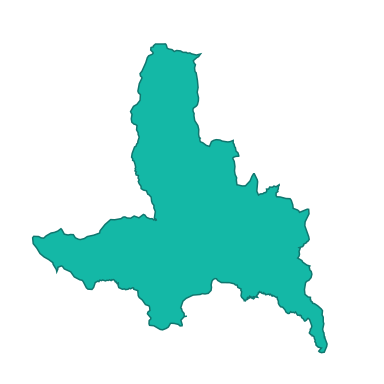 outline of Tana Toraja, Sulawesi Selatan, Indonesia, rotated 7°
{"feature_id": "22746128B55477646801661", "entity_name": "Tana Toraja", "entity_type": "district", "adm_level": 2, "iso_a3": "IDN", "parent_name": "Indonesia", "parent_adm1": "Sulawesi Selatan", "projection": "albers", "projection_center": [119.71, -3.057], "detail": "fine", "context": "isolated", "style": "filled", "palette": "teal", "viewbox_px": 384, "rotation_deg": 7, "n_neighbors": 0, "source": "geoboundaries", "source_scale": "gbopen_adm2", "svg_char_len": 6083}
<svg xmlns="http://www.w3.org/2000/svg" viewBox="0 0 384 384"><g transform="rotate(7 192 192)"><path d="M340.1,335.7L342.8,334.9L344.5,328.9L344.6,326.4L341.9,321.2L341.2,320.7L341.1,320.0L341.6,320.2L341.6,319.8L340.8,319.0L340.1,315.7L339.3,314.8L338.4,312.3L338.9,306.7L338.1,304.9L337.5,300.2L336.1,298.1L336.0,293.9L334.5,292.3L330.6,289.6L327.1,287.9L325.3,287.7L324.8,286.5L323.5,286.0L323.2,284.8L322.6,284.6L322.4,282.1L320.1,282.1L316.6,279.8L315.5,275.2L315.8,268.0L317.2,266.3L318.7,265.5L320.6,262.5L321.0,259.0L320.0,256.3L318.5,255.1L317.5,252.1L318.0,251.1L314.8,250.5L310.4,248.1L309.4,246.6L304.9,244.7L306.0,242.8L306.3,240.7L305.5,238.0L306.2,234.8L305.1,234.2L308.4,232.7L309.3,231.3L309.2,230.2L311.9,228.3L311.9,227.5L313.2,226.6L314.1,224.8L313.3,222.2L308.1,211.8L307.9,207.8L310.8,199.4L309.9,195.0L308.5,195.0L301.2,199.1L300.3,197.8L298.9,197.0L294.4,195.9L293.6,192.5L291.5,188.1L290.1,186.7L286.0,187.0L280.2,186.2L276.8,186.4L275.9,185.4L275.6,182.6L277.2,181.1L276.7,180.1L277.3,178.3L277.0,175.5L277.7,175.0L277.6,174.2L274.8,176.6L272.6,176.1L271.3,177.5L268.5,177.6L267.7,179.8L265.6,180.0L266.1,181.9L265.2,183.6L263.7,183.9L262.5,185.1L260.0,185.6L258.4,186.9L256.2,183.3L255.9,173.9L255.3,172.0L251.6,166.3L250.9,166.4L249.6,169.2L248.3,173.9L244.3,179.4L241.1,179.9L235.7,179.3L234.5,174.5L234.6,172.5L232.6,169.3L231.6,165.8L231.5,161.5L230.7,158.4L230.2,156.5L228.4,153.8L228.6,152.9L229.6,152.1L231.2,151.3L234.0,150.8L234.0,150.2L232.8,147.5L230.7,146.0L229.6,142.5L228.8,142.0L227.9,139.4L226.9,138.4L226.6,135.8L223.9,137.3L221.5,138.0L215.8,137.8L213.4,137.0L209.7,137.1L207.4,138.0L205.2,139.6L203.8,144.6L200.5,144.0L196.7,141.8L194.3,141.2L193.6,140.0L193.2,138.1L193.6,137.6L192.3,136.6L191.5,133.9L191.1,129.1L189.7,125.3L186.0,120.8L184.6,116.0L184.5,113.8L183.3,112.0L182.9,110.3L183.1,108.7L185.8,106.2L186.7,104.7L187.2,100.7L187.0,97.7L185.0,92.3L185.3,87.6L183.8,80.6L181.6,73.2L180.3,72.1L179.4,68.5L179.9,65.2L178.3,63.7L177.3,61.5L180.4,58.0L182.0,56.9L183.6,54.0L179.7,55.5L174.6,54.9L173.0,54.2L170.7,54.8L169.3,54.1L166.0,54.5L163.5,53.4L159.6,53.4L157.2,54.7L154.8,53.1L151.4,52.9L149.8,52.2L148.6,49.3L147.7,48.3L137.7,49.6L135.9,51.6L136.0,52.6L133.7,53.6L133.7,56.1L136.3,58.2L136.5,59.1L135.8,60.1L132.4,62.1L131.3,64.1L130.4,69.2L127.6,78.2L126.0,80.8L126.7,83.1L128.2,84.2L128.4,85.1L126.5,90.8L126.0,98.4L126.8,100.1L128.9,101.6L129.3,107.3L126.7,111.7L123.5,114.1L121.2,119.7L123.0,122.3L122.8,126.8L123.8,130.1L126.3,131.8L127.5,131.8L129.3,132.7L129.4,137.1L131.3,139.7L131.5,141.4L132.9,143.9L132.1,148.2L132.2,149.9L131.3,151.0L130.8,153.4L129.5,154.3L127.9,161.0L127.8,164.8L129.1,166.2L129.2,167.8L130.7,168.4L132.2,171.7L133.1,174.4L132.7,175.8L133.3,176.7L132.8,178.0L134.3,178.8L133.8,180.1L134.5,181.9L136.8,182.2L136.8,184.8L138.1,186.4L137.4,188.1L138.5,190.1L140.7,192.5L141.1,194.8L143.5,196.0L146.6,196.3L148.4,199.6L149.5,199.9L152.1,202.1L153.0,206.0L154.0,208.1L155.9,210.0L156.1,212.5L158.0,215.8L157.8,222.6L159.7,223.5L160.0,224.2L159.4,224.6L158.3,223.8L157.4,224.4L155.6,223.3L153.5,223.7L150.0,222.7L148.0,220.6L146.5,220.2L142.5,224.1L137.5,222.9L134.3,225.5L130.8,225.7L128.5,224.9L126.7,225.3L124.8,227.1L118.6,229.0L114.6,229.3L109.7,234.8L105.5,241.6L105.3,244.0L99.8,246.8L93.5,249.0L90.8,251.3L87.1,252.8L85.2,252.8L81.8,251.7L79.4,248.8L76.5,249.0L74.2,249.8L70.4,249.4L67.3,245.1L66.4,244.4L63.6,247.1L60.3,248.9L57.1,249.9L52.6,253.3L50.4,255.9L47.8,255.9L45.2,254.9L40.3,255.3L39.4,256.9L40.7,262.6L44.7,266.5L48.7,271.6L53.1,274.5L58.0,276.5L62.5,279.1L63.0,280.7L66.8,285.5L67.5,287.6L68.2,285.0L68.1,283.1L71.3,281.3L72.6,281.7L74.6,283.9L81.3,286.0L85.5,290.6L91.3,292.8L93.6,293.0L94.8,294.0L98.8,299.9L100.5,301.1L104.6,300.9L106.0,298.7L107.0,293.7L109.4,291.9L110.5,292.3L111.3,290.7L113.0,291.0L114.0,290.2L116.9,290.8L118.2,290.0L120.0,289.9L121.0,289.1L122.5,289.8L123.3,288.7L124.0,289.0L124.7,288.5L125.8,289.0L126.7,290.4L127.5,290.2L127.6,290.9L128.8,291.9L129.5,291.5L129.3,292.3L130.1,292.4L130.0,293.6L131.0,295.8L134.7,297.0L137.0,296.4L137.8,297.0L139.4,296.6L140.6,296.2L141.4,295.2L142.7,295.6L145.0,294.2L145.8,294.6L146.0,295.6L150.2,296.5L151.3,301.5L152.5,303.2L155.8,305.2L159.5,309.4L163.1,310.2L163.9,311.3L164.7,314.7L162.9,316.5L162.6,318.3L166.5,322.0L166.5,323.2L165.2,324.7L165.2,325.4L165.4,328.1L166.1,329.5L170.4,329.4L177.2,332.3L179.6,332.4L183.1,330.5L185.0,328.9L186.6,325.1L187.4,324.8L190.5,324.6L194.6,325.1L196.5,326.4L198.4,326.0L198.5,325.0L196.6,320.6L199.4,316.7L202.1,315.8L199.5,316.6L198.9,313.4L196.8,311.5L195.8,309.0L194.9,308.4L196.3,301.5L199.1,298.3L205.6,294.2L212.7,292.7L214.5,291.6L217.3,291.6L220.5,290.6L222.9,287.4L223.0,284.3L222.3,281.9L222.7,278.0L223.6,276.4L225.1,275.2L226.8,275.1L228.4,276.7L232.2,278.3L240.4,277.4L245.2,278.0L246.4,279.0L248.2,278.9L249.1,281.1L252.4,282.2L252.5,283.8L253.4,284.8L253.3,289.0L254.2,290.5L257.0,292.7L257.0,293.5L258.3,293.6L259.0,292.1L260.0,291.9L259.8,290.4L260.3,289.8L260.9,290.7L261.6,289.5L262.0,290.2L262.7,289.8L262.8,289.3L262.3,289.6L261.9,289.2L261.9,288.4L263.2,288.8L264.3,290.0L265.0,289.2L265.3,290.3L266.1,290.6L266.9,289.5L266.3,288.4L269.9,288.5L268.7,287.2L270.4,284.6L270.1,283.9L271.2,282.7L271.6,283.3L273.0,283.1L273.3,283.8L275.0,284.2L275.5,283.4L275.9,284.2L276.9,284.0L277.5,285.0L280.8,284.0L281.5,284.7L282.4,283.9L283.6,285.1L284.4,284.8L284.5,285.5L285.7,285.1L288.5,286.3L289.4,286.1L289.8,287.9L290.9,289.5L291.3,292.0L292.4,293.6L293.9,295.1L296.1,295.3L298.8,297.8L299.8,299.6L301.3,300.5L302.2,300.9L303.4,300.6L304.5,298.8L305.8,299.4L307.3,299.0L308.5,299.5L309.4,298.5L311.8,301.4L313.7,301.2L314.2,301.6L314.6,301.1L315.5,301.5L316.1,303.3L317.9,304.3L319.3,306.2L319.8,306.4L321.2,305.2L322.2,303.4L322.9,303.3L324.3,304.4L327.3,310.5L326.9,313.0L326.1,313.8L326.4,314.8L325.6,317.6L327.4,319.2L328.3,319.3L328.7,320.0L328.9,319.7L330.8,320.8L331.4,322.8L332.3,323.8L332.2,325.6L333.4,326.9L333.7,328.8L336.1,330.6L339.5,331.1L337.2,334.5L338.0,335.2L340.1,335.7Z" fill="#14b8a6" stroke="#0f766e" stroke-width="1.5"/></g></svg>